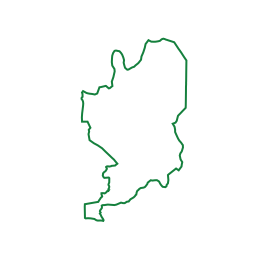 outline of Santa María la Asunción, Oaxaca, Mexico, rotated 143°
{"feature_id": "50627088B43505980471729", "entity_name": "Santa María la Asunción", "entity_type": "district", "adm_level": 2, "iso_a3": "MEX", "parent_name": "Mexico", "parent_adm1": "Oaxaca", "projection": "natural_earth1", "projection_center": [-96.812, 18.103], "detail": "fine", "context": "isolated", "style": "outline", "palette": "green", "viewbox_px": 256, "rotation_deg": 143, "n_neighbors": 0, "source": "geoboundaries", "source_scale": "gbopen_adm2", "svg_char_len": 3673}
<svg xmlns="http://www.w3.org/2000/svg" viewBox="0 0 256 256"><g transform="rotate(143 128 128)"><path d="M141.7,184.5L143.4,184.0L143.6,183.4L143.7,182.8L144.0,182.4L145.1,180.8L145.6,180.2L146.2,180.2L147.0,179.9L147.6,179.1L147.6,177.8L147.9,176.5L148.2,175.8L148.6,175.2L149.0,174.5L150.3,173.0L155.7,167.4L158.4,164.3L160.9,160.7L156.5,157.4L157.9,150.8L160.4,150.2L160.8,149.4L161.2,148.5L163.2,146.9L166.0,141.4L164.4,136.3L163.9,135.2L162.6,132.4L161.4,128.9L160.9,127.5L160.2,122.7L159.0,115.5L158.8,114.2L158.2,111.1L158.2,109.7L158.0,105.9L159.3,105.9L160.9,105.8L163.2,107.2L164.0,107.7L164.6,107.7L165.2,108.0L165.5,108.2L165.8,108.3L166.2,108.5L166.4,108.7L166.9,109.3L167.3,109.6L167.6,109.8L167.9,110.0L168.5,110.1L168.9,110.1L169.1,109.8L169.1,109.3L169.2,109.0L169.2,108.6L169.3,108.3L169.6,108.0L170.3,107.7L171.5,107.2L172.0,107.1L172.9,107.1L173.3,107.2L174.1,107.0L174.9,106.9L175.0,106.8L175.3,106.7L175.7,106.2L176.1,105.8L176.6,105.4L176.8,105.1L177.1,103.3L177.0,102.9L176.9,102.4L174.4,100.8L173.4,100.2L173.2,100.0L173.1,99.6L173.1,99.3L173.2,99.1L175.6,96.0L176.0,95.6L176.5,95.4L177.1,95.0L177.4,94.8L177.7,94.5L177.9,94.1L178.0,93.1L178.1,92.8L178.3,92.4L178.7,92.0L179.2,91.5L179.7,91.3L180.2,91.1L180.5,90.9L181.0,90.4L180.6,89.9L181.2,89.7L181.7,89.5L182.6,90.1L184.1,89.7L186.0,89.8L187.0,90.9L188.4,91.9L189.0,91.2L189.3,90.3L189.8,88.9L190.8,88.6L191.5,88.7L193.6,87.9L194.4,87.7L196.2,86.9L203.6,90.7L208.3,93.1L209.9,91.2L215.9,82.9L216.5,82.1L216.2,81.3L214.2,80.0L212.2,78.3L209.6,75.6L208.8,73.4L207.8,72.2L205.9,70.9L204.6,69.8L203.7,68.7L203.2,68.9L202.9,69.3L202.7,70.4L202.5,73.3L202.0,75.3L202.0,76.6L200.7,77.0L200.7,77.9L200.5,78.5L199.8,79.0L198.9,79.2L196.9,79.9L195.9,81.3L195.7,81.8L195.1,81.8L194.2,81.4L193.7,80.9L190.2,79.0L185.2,74.6L183.4,73.8L178.5,72.6L177.1,70.9L175.9,70.0L173.3,69.8L171.7,68.9L169.0,69.6L165.3,69.2L163.5,69.4L162.2,69.9L161.5,69.8L159.8,71.4L158.2,72.3L157.2,72.2L156.0,72.5L155.2,72.5L154.0,72.4L151.4,71.0L150.1,70.7L148.9,70.9L146.4,71.6L145.1,72.5L141.3,72.6L140.1,71.3L138.0,70.1L137.7,69.9L136.3,68.9L136.1,68.4L135.6,67.2L135.4,66.4L135.7,64.8L135.9,63.1L135.8,60.9L135.7,60.2L133.8,58.3L132.4,58.3L131.5,59.2L129.4,59.8L127.1,62.1L124.4,66.4L123.8,66.5L114.0,66.7L113.0,63.7L109.6,64.7L108.5,65.0L107.1,66.4L105.2,68.1L104.9,71.3L103.2,74.9L101.5,76.2L99.3,76.9L98.8,77.2L97.3,78.3L95.8,79.4L95.0,80.6L94.5,81.3L94.5,82.6L94.4,84.2L94.6,86.8L94.6,87.4L94.5,88.2L94.4,89.2L93.8,92.1L92.8,96.4L91.4,98.3L90.8,99.5L90.1,100.9L89.7,104.5L86.9,103.7L84.8,104.4L80.8,107.6L80.4,107.7L79.3,107.9L77.8,108.1L74.3,108.7L72.3,109.0L69.8,109.4L68.1,111.5L63.9,116.9L60.5,121.3L56.9,126.0L55.0,128.3L54.6,128.9L53.3,130.5L47.6,137.9L45.2,141.0L40.7,146.8L40.5,151.0L40.1,156.3L40.0,159.3L40.0,160.6L39.7,165.4L39.5,168.7L43.1,173.8L43.5,174.4L43.7,174.7L44.6,175.9L45.2,177.0L46.1,178.1L47.4,178.5L47.8,178.6L50.0,178.4L51.3,178.9L52.7,179.6L54.5,180.6L57.4,182.9L58.3,184.7L58.8,185.8L63.4,184.5L66.3,182.0L70.0,179.4L71.5,178.5L74.2,177.0L74.6,176.6L76.5,174.7L80.7,173.6L83.4,173.5L84.5,173.5L86.1,173.2L88.3,173.9L90.6,174.2L92.4,174.4L93.5,175.0L93.9,176.7L94.1,177.9L93.3,180.1L92.2,182.7L91.4,183.5L90.3,184.6L89.3,187.2L88.6,189.8L88.5,190.2L88.4,192.2L88.6,194.4L89.6,195.5L91.0,197.1L92.3,197.7L94.8,196.8L96.1,195.9L97.1,195.2L98.9,193.2L100.4,191.4L101.3,190.3L103.0,187.3L103.3,183.3L104.6,181.2L109.1,177.4L113.0,174.8L115.2,170.9L115.6,170.9L118.6,170.8L119.5,171.2L120.3,174.9L120.4,175.0L124.1,176.6L125.2,177.1L126.3,177.7L131.8,174.1L134.3,174.7L136.2,176.8L137.9,178.4L139.1,179.7L140.1,181.0L140.7,182.4L141.7,184.5Z" fill="none" stroke="#15803d" stroke-width="2"/></g></svg>